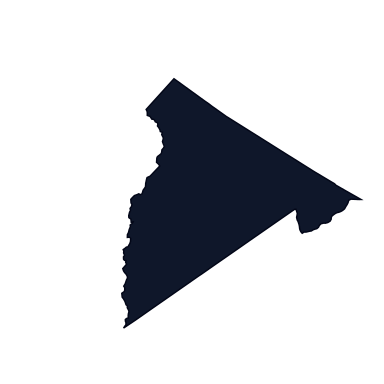 outline of Wanderlândia, Tocantins, Brazil, rotated 235°
{"feature_id": "56859067B89529630375047", "entity_name": "Wanderlândia", "entity_type": "district", "adm_level": 2, "iso_a3": "BRA", "parent_name": "Brazil", "parent_adm1": "Tocantins", "projection": "natural_earth1", "projection_center": [-48.028, -6.887], "detail": "fine", "context": "isolated", "style": "filled", "palette": "ink", "viewbox_px": 384, "rotation_deg": 235, "n_neighbors": 0, "source": "geoboundaries", "source_scale": "gbopen_adm2", "svg_char_len": 2557}
<svg xmlns="http://www.w3.org/2000/svg" viewBox="0 0 384 384"><g transform="rotate(235 192 192)"><path d="M116.9,313.5L138.3,303.9L140.4,303.0L163.0,293.5L166.2,292.1L193.3,280.7L232.2,264.3L234.2,263.4L235.7,262.9L251.1,257.4L254.1,256.5L259.8,254.4L295.1,242.2L285.9,201.8L283.5,201.4L282.1,200.5L280.4,199.3L278.0,201.0L274.7,200.9L273.6,202.2L272.2,202.5L270.6,202.2L268.5,203.4L267.2,203.0L265.9,201.6L263.8,201.7L261.3,201.4L259.7,200.7L257.9,202.0L256.4,200.1L253.0,199.6L251.9,198.8L250.2,196.7L247.6,196.0L245.4,195.6L244.4,194.0L243.8,191.6L241.9,189.9L241.1,188.7L240.9,186.6L240.8,184.0L240.0,182.7L236.7,180.0L233.8,180.6L231.8,180.5L229.0,166.7L229.6,163.5L228.6,162.2L227.0,160.5L225.5,158.9L224.4,158.1L222.8,156.7L221.5,153.0L219.1,150.0L219.5,148.0L221.0,147.4L221.4,145.3L222.1,142.8L221.6,139.9L221.1,137.7L218.0,135.8L216.4,135.8L214.9,134.3L214.1,131.9L212.0,130.9L211.3,129.3L208.9,126.6L207.2,125.6L204.8,126.4L202.0,124.8L201.3,126.5L200.4,124.7L200.4,122.4L198.9,121.6L197.3,119.1L195.2,116.7L194.1,114.6L191.9,113.0L190.8,114.9L189.2,115.2L186.8,113.3L185.4,111.5L184.7,109.9L183.8,108.1L184.5,106.6L184.3,104.9L184.3,102.6L182.6,102.2L181.3,101.0L178.8,100.5L178.2,98.7L176.2,97.4L174.7,97.5L173.7,98.6L172.4,97.3L170.4,97.0L169.8,94.7L169.0,91.4L166.7,90.7L164.8,90.6L162.4,90.9L160.2,90.7L158.5,89.8L157.6,88.0L156.5,86.5L155.1,84.6L154.0,82.1L152.2,82.0L150.2,80.6L149.3,79.4L149.3,76.4L145.9,74.5L143.6,74.6L140.7,74.3L139.0,73.8L137.4,73.3L135.9,73.8L134.3,72.6L131.8,72.3L130.2,71.8L128.8,70.1L127.3,68.8L125.4,67.6L125.9,65.9L125.8,64.3L124.5,63.4L122.9,63.0L121.2,61.8L120.7,60.2L119.8,57.9L119.5,72.4L119.5,85.1L119.5,88.5L119.5,92.0L119.5,95.0L119.4,134.0L119.4,140.8L119.4,143.8L119.4,149.1L119.3,153.0L119.3,168.0L119.2,199.0L119.2,202.5L119.2,204.0L119.2,205.8L119.2,210.9L119.0,266.0L118.2,267.3L116.3,266.7L114.1,266.0L112.5,264.5L111.3,263.2L109.9,262.6L108.6,262.1L107.1,262.0L105.5,261.5L103.8,261.0L101.9,260.1L100.3,259.2L99.0,258.7L96.9,258.4L95.0,258.6L94.9,260.8L93.8,262.4L93.1,264.1L92.4,265.9L91.6,267.5L91.6,269.2L91.2,271.0L90.4,273.2L90.6,275.4L91.5,277.0L92.0,279.3L91.1,281.8L89.9,283.5L89.1,285.7L88.9,288.4L89.9,290.4L91.2,291.4L92.0,292.7L92.2,294.9L92.2,297.0L92.0,298.7L91.2,300.7L90.7,302.7L90.5,304.7L90.7,307.3L91.5,308.9L92.1,310.2L92.7,311.7L93.7,313.6L95.3,315.6L95.0,318.0L94.2,319.1L93.3,320.3L92.0,322.0L90.9,323.4L90.0,324.6L89.0,326.1L94.1,323.7L101.0,320.4L102.7,319.6L105.2,318.4L113.1,314.7L114.9,313.8L116.9,313.5Z" fill="#0f172a" stroke="#020617" stroke-width="1.5"/></g></svg>